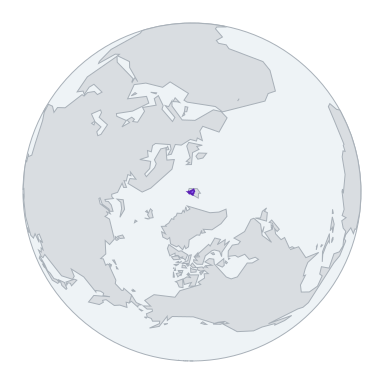 the Earth from above Norðurland eystra, rotated 219°
{"feature_id": "ISL-702", "entity_name": "Norðurland eystra", "entity_type": "Region", "adm_level": 1, "iso_a3": "ISL", "parent_name": "Iceland", "parent_adm1": "", "projection": "orthographic", "projection_center": [-17.153, 65.518], "detail": "fine", "context": "on_globe", "style": "filled", "palette": "violet", "viewbox_px": 384, "rotation_deg": 219, "n_neighbors": 0, "source": "natural_earth", "source_scale": "10m", "svg_char_len": 11985}
<svg xmlns="http://www.w3.org/2000/svg" viewBox="0 0 384 384"><g transform="rotate(219 192 192)"><circle cx="192" cy="192" r="169" fill="#eef3f6" stroke="#a8b0b8"/><path d="M49.3,282.5L40.9,266.3L42.1,265.9L40.4,261.2L46.0,264.1L45.7,255.6L44.1,251.5L41.7,250.7L37.1,235.4L37.2,226.3L31.9,179.3L33.2,172.3L36.2,167.7L49.7,137.8L36.8,158.8L39.1,150.5L43.9,140.7L44.7,142.0L52.6,131.1L56.8,122.8L69.0,111.9L84.6,108.9L81.1,112.9L85.3,111.9L89.9,107.0L91.9,104.0L112.4,95.8L129.0,82.8L130.3,76.6L133.1,79.8L132.9,66.9L139.4,59.5L134.5,69.2L135.8,71.3L141.4,66.8L144.0,68.1L148.2,66.7L150.8,68.7L147.7,74.5L149.3,75.9L153.2,72.7L158.2,72.8L152.3,77.3L160.5,78.0L156.9,88.3L139.0,99.5L139.3,107.6L127.0,125.6L130.5,125.8L128.1,133.0L131.1,136.1L128.0,138.8L133.2,138.9L135.5,135.9L138.5,135.0L140.5,136.5L136.9,140.2L135.3,139.9L135.3,141.8L132.6,143.0L135.1,143.3L130.4,147.6L138.0,145.8L136.7,151.2L132.8,153.5L129.4,150.1L111.9,147.5L106.9,149.1L103.3,154.6L104.4,171.5L100.5,174.8L97.9,181.5L101.8,181.1L105.2,175.7L111.8,176.8L115.2,170.3L118.4,169.9L123.4,164.7L126.7,169.0L127.2,176.1L123.2,180.7L123.3,184.0L130.4,182.6L126.2,194.4L129.0,207.7L127.4,210.5L118.5,210.2L110.1,202.4L98.5,202.9L110.1,206.3L106.1,213.5L107.1,216.4L109.8,218.3L112.9,217.0L112.4,220.4L100.7,218.0L101.0,214.9L104.7,215.6L100.7,212.1L92.8,211.0L91.4,214.9L81.0,209.7L79.8,212.5L76.9,213.1L79.5,208.9L74.7,216.5L62.2,212.6L55.5,224.8L57.7,210.1L55.7,203.6L52.7,196.9L51.5,198.8L49.2,188.0L44.1,183.0L37.9,188.2L35.2,197.8L38.1,208.8L41.1,208.6L44.4,215.4L37.6,219.1L42.8,233.3L39.8,238.3L40.7,245.1L44.3,250.5L47.8,258.2L51.8,259.1L57.5,263.9L56.1,269.0L60.5,268.2L62.8,274.2L75.2,286.3L73.8,286.6L84.0,301.9L97.4,313.8L100.5,319.0L98.6,319.9L103.8,323.4L103.9,324.7L126.5,337.1L139.8,344.2L140.5,347.4L131.6,347.2L128.8,348.7L126.3,347.7L114.7,342.2L103.5,336.0L92.9,328.8L82.8,320.9L73.4,312.3L64.6,303.0L56.6,293.0L49.3,282.5ZM86.2,60.3L87.4,59.4L84.7,61.5L86.2,60.3ZM89.5,57.8L88.8,58.3L89.6,57.7L89.5,57.8ZM91.0,56.7L89.9,57.5L91.0,56.6L91.0,56.7ZM92.9,55.3L91.9,56.0L92.0,55.9L92.9,55.3ZM53.0,227.7L59.0,246.2L53.5,239.2L55.0,239.8L53.9,234.3L51.1,225.8L46.8,219.7L53.0,227.7ZM96.1,53.0L97.0,52.4L96.2,53.0L96.1,53.0ZM60.3,228.0L59.0,225.2L60.5,227.5L60.3,228.0ZM92.4,102.6L89.7,106.8L84.6,110.9L86.5,107.2L92.4,102.6ZM102.5,95.6L102.0,97.8L97.4,98.3L99.1,96.9L102.5,95.6ZM130.6,72.0L128.0,74.6L129.7,71.7L130.6,72.0ZM148.3,66.2L148.2,65.1L150.4,64.9L148.3,66.2ZM121.2,162.7L122.3,163.7L120.8,164.1L121.2,162.7ZM122.4,159.6L120.0,159.4L120.2,157.9L121.7,158.0L122.4,159.6ZM156.4,67.7L160.0,67.8L155.8,68.7L156.4,67.7ZM125.4,160.2L120.8,155.3L121.2,152.7L127.3,151.1L125.4,160.2ZM161.7,68.5L170.3,68.9L170.9,66.4L174.1,73.9L165.7,71.0L160.5,72.4L162.7,70.2L161.7,68.5ZM135.3,134.3L133.0,137.5L133.0,133.4L135.3,134.3ZM134.6,131.8L130.5,120.8L135.0,116.9L135.5,121.3L139.8,115.3L144.0,118.8L142.5,122.9L138.8,124.7L143.3,124.7L134.6,131.8ZM174.5,78.1L176.1,79.1L173.8,79.2L174.5,78.1ZM139.7,134.3L138.5,132.4L142.3,128.8L145.4,132.1L143.2,132.2L139.7,134.3ZM138.8,112.0L142.2,110.1L146.5,112.3L148.4,111.9L144.5,118.5L138.8,112.0ZM143.4,133.8L146.9,133.9L147.0,137.0L141.2,136.0L143.4,133.8ZM141.9,126.5L143.9,125.0L143.8,126.9L141.9,126.5ZM149.2,148.4L147.6,146.0L149.5,143.9L149.2,148.4ZM148.3,133.7L148.2,132.6L148.8,131.6L151.1,132.3L148.3,133.7ZM147.8,119.7L148.9,121.1L149.6,117.1L152.9,118.8L149.6,122.9L152.4,121.8L153.4,122.3L149.7,125.2L147.8,119.7ZM155.1,129.9L152.1,136.0L154.5,140.8L153.0,142.7L149.3,134.6L155.1,129.9ZM152.2,126.9L153.6,129.2L151.0,130.4L148.3,129.5L152.2,126.9ZM156.3,118.4L152.1,114.8L153.0,114.0L156.3,118.4ZM156.3,131.1L157.0,129.6L156.8,131.3L156.3,131.1ZM156.9,122.0L155.3,120.8L156.3,119.9L156.9,122.0ZM159.8,127.7L158.8,129.6L157.0,129.1L159.8,127.7ZM158.9,124.9L160.6,124.0L156.9,127.7L158.0,124.5L158.9,124.9ZM158.1,121.4L158.2,120.5L158.6,122.0L158.1,121.4ZM167.2,128.7L162.9,133.5L158.9,132.3L163.6,127.8L167.2,128.7ZM336.7,104.7L338.1,107.3L339.6,109.8L341.1,112.5L340.9,112.2L339.3,111.0L343.2,118.9L341.4,116.6L339.7,119.8L344.5,131.4L353.1,153.6L357.0,160.9L358.8,169.8L354.4,170.9L349.4,167.0L349.7,173.0L343.6,177.6L338.7,198.5L336.3,198.6L335.7,203.6L331.1,208.7L326.8,208.2L324.8,213.0L336.0,214.0L337.9,208.7L337.1,200.0L340.1,201.9L344.3,197.5L345.8,215.6L335.7,250.3L331.8,245.8L309.1,243.0L308.2,240.0L308.0,239.8L307.5,239.5L308.4,245.1L303.6,243.6L318.8,249.5L322.6,254.0L335.6,251.0L335.1,253.3L338.4,250.8L345.5,233.1L346.2,235.2L344.6,251.9L332.2,282.6L332.2,286.0L330.3,289.1L322.3,299.6L313.5,309.4L303.9,318.6L293.7,326.9L282.9,334.4L271.5,341.1L270.0,341.2L276.6,335.8L276.5,333.6L265.9,331.6L268.5,325.1L264.9,324.3L258.0,327.9L253.5,326.6L249.0,328.1L218.9,338.0L207.9,335.6L190.7,322.9L194.8,316.4L192.5,308.6L218.7,273.5L227.7,273.1L252.3,258.8L256.0,258.3L256.8,266.4L278.3,263.8L280.7,254.9L296.4,247.6L304.5,239.1L300.7,223.9L287.5,237.7L281.5,233.9L289.1,217.5L300.1,205.4L298.1,203.5L288.0,206.2L287.4,198.5L284.2,206.7L287.8,207.0L285.9,212.2L282.5,212.3L282.4,209.5L278.2,212.0L279.7,224.9L283.6,226.6L274.5,236.9L280.1,240.8L278.8,245.7L268.8,241.0L267.4,237.4L251.5,234.5L252.2,239.2L267.2,242.3L263.9,243.6L265.0,250.3L261.6,246.2L245.0,241.8L234.7,249.6L227.1,269.3L219.9,272.8L211.4,271.7L208.7,255.6L225.0,249.8L224.3,244.3L216.3,238.5L221.9,237.3L220.6,234.4L226.4,231.8L229.8,221.7L234.9,218.4L231.8,208.4L234.0,205.5L235.2,212.1L238.8,215.1L250.9,206.7L251.9,203.3L248.9,197.6L252.7,196.2L248.2,191.8L253.0,184.4L243.4,189.8L239.6,183.6L240.1,176.2L237.1,175.2L236.4,187.4L237.6,191.5L241.5,193.4L243.4,205.8L240.2,210.0L231.6,201.0L226.2,206.1L221.9,197.1L226.5,169.0L230.7,160.6L247.1,158.4L248.7,163.4L243.6,166.7L252.4,168.8L249.7,166.2L252.8,165.1L250.0,159.2L252.0,158.1L245.8,154.4L248.0,152.5L251.9,154.9L249.6,144.9L253.0,139.7L251.4,137.9L248.9,137.5L254.9,131.4L253.5,130.4L251.0,132.0L246.6,131.1L241.2,127.3L243.6,125.4L245.9,126.5L254.2,126.1L259.8,129.6L260.3,128.4L255.9,125.0L245.8,125.4L241.8,123.7L246.5,122.7L244.5,122.9L243.3,121.4L244.3,118.3L239.1,119.0L222.7,106.5L223.0,99.3L229.0,99.7L220.0,89.6L221.1,82.8L218.8,84.2L212.9,80.7L212.5,82.7L211.0,83.2L195.7,75.6L194.0,72.5L184.8,71.3L183.6,72.1L184.4,74.3L174.1,73.9L170.9,66.4L173.8,64.9L169.9,61.4L176.9,58.7L181.0,54.9L191.0,54.3L193.3,51.5L191.5,50.5L193.2,46.2L203.2,41.4L203.2,49.8L189.8,59.0L196.0,55.5L196.9,57.7L200.6,57.4L204.8,54.9L203.8,53.8L222.7,57.9L237.4,56.2L230.5,52.4L229.9,49.0L240.6,44.8L267.1,50.8L266.5,47.2L268.8,47.1L274.7,50.3L271.4,50.5L274.1,53.6L271.4,53.4L279.6,58.8L276.1,58.7L284.3,63.2L285.1,61.5L279.1,56.6L287.7,60.8L286.2,56.4L290.0,56.9L305.8,68.1L316.1,78.4L317.5,79.7L319.5,82.8L325.3,89.4L324.6,87.3L336.7,104.7ZM213.8,291.4L214.1,294.2L213.8,291.4ZM314.7,198.2L319.3,189.4L312.1,185.8L313.3,182.2L310.4,182.4L311.6,185.6L303.7,185.3L303.9,178.9L300.7,176.5L299.0,179.4L300.0,191.1L311.2,191.6L312.3,196.8L314.7,198.2ZM75.6,286.6L76.9,289.0L74.8,287.2L75.6,286.6ZM51.7,240.4L53.5,243.4L54.1,245.8L52.5,243.8L51.7,240.4ZM69.4,263.6L71.9,267.0L68.8,264.4L69.4,263.6ZM60.2,248.9L67.3,261.0L61.3,256.5L57.0,248.8L60.6,252.8L60.2,248.9ZM57.3,230.1L58.2,232.4L57.2,232.9L57.3,230.1ZM61.4,229.7L60.8,229.1L60.8,227.3L61.4,229.7ZM106.8,213.6L107.7,213.9L109.9,216.4L107.9,216.3L106.8,213.6ZM125.2,221.3L124.0,226.6L123.5,222.6L120.5,223.4L115.8,216.3L126.4,211.6L122.4,214.9L125.2,221.3ZM112.5,205.8L114.3,210.7L111.9,205.6L112.5,205.8ZM208.1,221.2L211.5,222.3L211.5,226.4L205.0,231.3L204.9,225.3L208.1,221.2ZM216.4,223.0L209.7,213.0L213.5,209.8L212.5,213.3L215.7,212.2L214.9,217.4L225.0,224.4L225.7,228.5L213.4,234.8L217.0,230.4L213.4,229.5L216.4,223.0ZM186.1,195.1L183.3,191.2L195.1,189.2L196.4,193.0L190.0,197.9L184.7,196.3L186.1,195.1ZM137.0,158.5L135.2,157.6L136.2,156.5L138.6,156.5L137.0,158.5ZM148.3,147.5L146.1,161.8L143.9,161.4L145.3,170.6L140.0,173.1L139.2,167.0L136.2,175.9L133.4,171.4L132.0,177.7L130.9,163.9L128.3,160.4L133.3,163.3L138.2,161.0L139.6,159.0L141.5,150.8L138.3,142.4L142.7,139.0L146.7,138.9L148.1,140.4L144.8,142.0L149.1,142.9L145.4,146.4L148.3,147.5ZM190.6,142.0L186.2,142.8L194.2,146.0L190.5,149.2L191.7,149.4L190.5,153.3L191.1,158.4L188.9,159.3L190.1,160.9L189.3,163.6L190.2,166.2L186.6,168.8L187.4,172.2L185.2,171.5L187.5,176.7L184.1,174.1L182.9,177.5L186.8,178.2L165.0,187.2L158.4,193.4L154.8,200.1L149.5,195.0L149.5,185.6L152.7,175.2L159.8,170.1L156.1,168.9L158.4,166.1L160.4,168.3L158.8,163.3L161.2,161.7L164.0,153.0L160.2,147.2L161.2,144.0L163.9,145.5L162.9,141.2L168.7,141.9L169.5,139.7L176.0,138.2L180.7,142.5L181.3,139.7L186.2,138.6L190.6,142.0ZM169.1,128.5L175.6,132.7L176.8,136.6L165.0,137.5L163.4,139.5L155.9,140.5L154.3,134.8L156.6,135.1L158.5,134.0L158.2,136.2L159.8,133.6L163.0,133.9L165.2,132.0L166.7,133.8L169.1,128.5ZM257.9,253.8L260.3,252.8L263.6,250.3L264.4,254.6L257.9,253.8ZM246.6,251.1L248.4,249.5L251.1,254.1L248.6,255.3L246.6,251.1ZM247.2,244.8L248.3,249.1L246.2,247.5L247.2,244.8ZM236.7,210.4L238.4,208.5L239.5,209.6L239.6,212.1L236.7,210.4ZM213.7,152.8L211.0,152.5L210.9,151.3L206.1,147.6L208.4,145.0L212.2,146.3L213.7,152.8ZM299.8,228.5L298.8,233.4L297.0,233.6L297.7,231.9L299.8,228.5ZM281.7,245.6L286.9,243.5L281.9,246.8L281.7,245.6ZM215.4,149.4L213.2,148.1L215.7,147.6L215.4,149.4ZM209.8,143.0L212.5,142.0L208.1,144.3L209.8,143.0ZM357.1,160.8L357.9,160.7L358.6,164.8L357.1,160.8ZM319.0,80.9L321.9,84.5L321.3,84.0L317.2,79.2L319.0,80.9ZM292.9,57.7L295.6,59.0L297.0,60.0L297.1,60.5L292.9,57.7ZM232.1,127.0L236.3,134.9L240.8,139.2L245.8,139.3L240.6,142.7L233.5,136.1L232.1,127.0ZM223.6,109.1L219.3,109.3L219.9,107.2L221.0,106.8L223.6,109.1ZM221.9,110.7L218.9,114.9L215.6,113.6L218.6,110.6L221.9,110.7ZM217.4,131.9L218.5,134.4L216.4,134.7L217.4,131.9ZM262.7,41.9L261.8,42.4L258.1,40.6L259.8,40.7L262.7,41.9ZM245.1,35.6L256.8,40.2L266.0,44.5L264.5,43.2L269.1,44.4L269.8,46.3L261.3,43.2L254.8,40.0L251.2,39.7L244.8,37.8L242.1,38.9L238.4,38.3L238.9,36.5L245.1,35.6ZM241.2,39.6L234.2,41.4L228.4,38.2L228.6,37.1L234.3,37.5L237.0,39.2L241.2,39.6ZM230.8,41.0L233.3,42.7L228.5,50.2L226.0,51.0L226.6,43.3L229.1,44.5L231.3,43.3L230.8,41.0ZM177.0,77.8L176.2,79.0L175.6,77.6L177.0,77.8ZM210.9,84.4L208.7,84.8L208.1,83.0L210.9,84.4ZM202.2,84.9L204.4,86.6L201.1,85.6L202.2,84.9ZM209.6,90.3L204.9,87.7L210.8,89.1L209.6,90.3Z" fill="#d9dde1" stroke="#a8b0b8" stroke-width="1"/><path d="M189.7,190.1L189.8,190.0L190.0,190.0L190.0,189.9L190.0,190.0L190.2,190.3L190.3,190.3L190.4,190.5L190.5,190.7L190.6,190.8L190.7,191.0L190.8,191.2L190.8,191.3L190.9,191.5L190.9,191.4L190.9,191.2L190.9,190.9L190.7,190.8L190.7,190.7L190.6,190.4L190.6,190.1L190.8,190.0L191.0,190.1L191.2,190.3L191.3,190.3L191.4,190.5L191.5,190.7L191.5,190.8L191.5,190.7L191.7,190.4L191.8,190.3L191.9,190.2L192.0,190.0L192.0,189.9L192.0,190.0L192.3,190.2L192.2,190.2L192.3,190.3L192.3,190.2L192.5,190.1L192.4,190.2L192.5,190.2L192.6,190.3L192.6,190.2L192.8,190.0L192.7,190.1L192.8,190.0L192.8,189.9L192.9,189.7L192.8,189.4L192.7,189.4L192.8,189.4L192.7,189.4L192.8,189.3L192.7,189.3L192.7,189.2L192.8,189.1L193.0,189.1L193.3,189.0L193.5,189.1L193.4,189.2L193.4,189.3L193.5,189.3L193.7,189.5L193.7,189.8L193.8,189.9L194.0,190.0L194.2,189.9L194.3,189.8L194.4,189.7L194.5,189.6L194.6,189.4L194.8,189.4L195.1,189.4L194.8,189.6L194.7,189.6L194.6,189.8L194.6,190.0L194.4,190.1L194.5,190.3L194.8,190.4L195.0,190.4L195.0,190.5L194.5,190.8L194.4,190.8L194.2,191.0L193.8,191.3L193.8,191.5L193.8,191.8L193.4,191.8L193.3,192.1L193.2,192.2L193.2,192.3L193.3,192.4L193.4,192.5L193.2,192.8L193.2,193.0L193.2,193.3L193.1,193.5L192.9,193.7L192.7,193.7L192.7,193.8L192.6,194.0L192.7,194.3L192.6,194.5L192.4,195.1L191.6,194.7L190.5,194.0L190.4,193.9L190.5,193.6L190.5,193.4L190.5,193.2L190.5,192.9L190.3,192.7L190.2,192.5L190.1,192.4L190.0,192.2L190.0,191.9L189.9,191.9L189.9,191.7L190.0,191.5L190.0,191.4L190.0,191.2L189.9,191.2L189.8,190.9L189.9,190.7L190.0,190.5L189.9,190.5L189.8,190.3L189.8,190.1L189.7,190.1ZM191.0,188.9L191.0,189.0L191.0,188.9L191.0,188.9Z" fill="#8b5cf6" stroke="#5b21b6" stroke-width="1.5"/></g></svg>